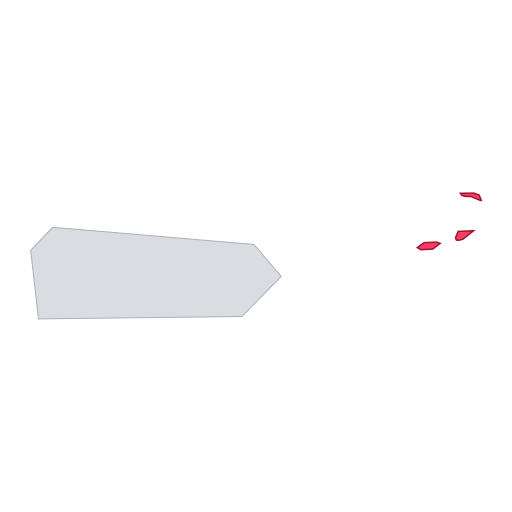 map of British Virgin Islands with Puerto Rico greyed out
{"feature_id": "VGB", "entity_name": "British Virgin Islands", "entity_type": "country or territory", "adm_level": 0, "iso_a3": "VGB", "parent_name": "North America", "parent_adm1": "", "projection": "orthographic", "projection_center": [-64.441, 18.576], "detail": "fine", "context": "with_neighbors", "style": "filled", "palette": "rose", "viewbox_px": 512, "rotation_deg": 0, "n_neighbors": 1, "source": "natural_earth", "source_scale": "50m", "svg_char_len": 552}
<svg xmlns="http://www.w3.org/2000/svg" viewBox="0 0 512 512"><path d="M52.6,227.3L254.0,244.5L281.2,276.5L241.9,316.5L38.5,318.9L30.7,250.3L52.6,227.3Z" fill="#d9dde1" stroke="#a8b0b8" stroke-width="1"/><path d="M432.7,249.1L420.9,249.7L417.3,247.6L424.0,242.7L436.5,242.1L440.1,243.4L432.7,249.1ZM462.9,239.2L458.9,240.3L456.4,240.1L455.5,237.8L458.2,231.4L473.6,230.7L462.9,239.2ZM479.1,195.0L481.3,200.4L480.0,200.3L471.3,196.6L464.6,196.3L461.9,195.4L460.4,193.3L473.8,193.1L479.1,195.0Z" fill="#f43f5e" stroke="#9f1239" stroke-width="1.5"/></svg>